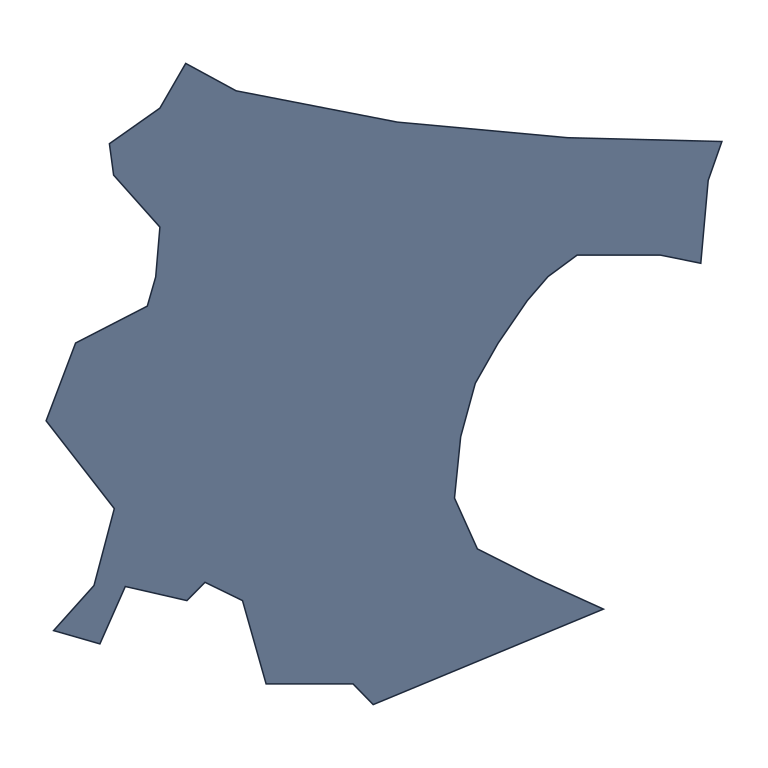 an SVG outline of Stockton-on-Tees
{"feature_id": "GBR-2033", "entity_name": "Stockton-on-Tees", "entity_type": "Unitary Authority", "adm_level": 1, "iso_a3": "GBR", "parent_name": "United Kingdom", "parent_adm1": "", "projection": "natural_earth1", "projection_center": [-1.341, 54.544], "detail": "fine", "context": "isolated", "style": "filled", "palette": "slate", "viewbox_px": 768, "rotation_deg": 0, "n_neighbors": 0, "source": "natural_earth", "source_scale": "10m", "svg_char_len": 604}
<svg xmlns="http://www.w3.org/2000/svg" viewBox="0 0 768 768"><path d="M53.6,630.6L94.0,585.5L114.3,508.6L46.1,420.8L75.6,343.0L147.3,306.1L155.7,276.9L159.9,227.1L113.6,175.1L112.6,167.5L109.4,143.7L159.9,108.1L185.7,63.4L236.1,90.8L397.3,122.1L567.6,137.7L721.9,141.5L708.2,180.4L700.8,263.3L660.3,255.1L610.3,255.1L577.1,255.1L548.0,276.6L527.3,300.6L498.1,343.2L475.3,383.3L460.7,436.7L454.5,498.1L477.4,548.9L535.7,578.3L603.4,609.1L373.2,704.6L353.0,683.9L266.1,683.9L242.5,600.6L205.0,582.3L186.9,600.6L125.3,586.5L99.9,643.9L53.6,630.6Z" fill="#64748b" stroke="#1e293b" stroke-width="1.5"/></svg>